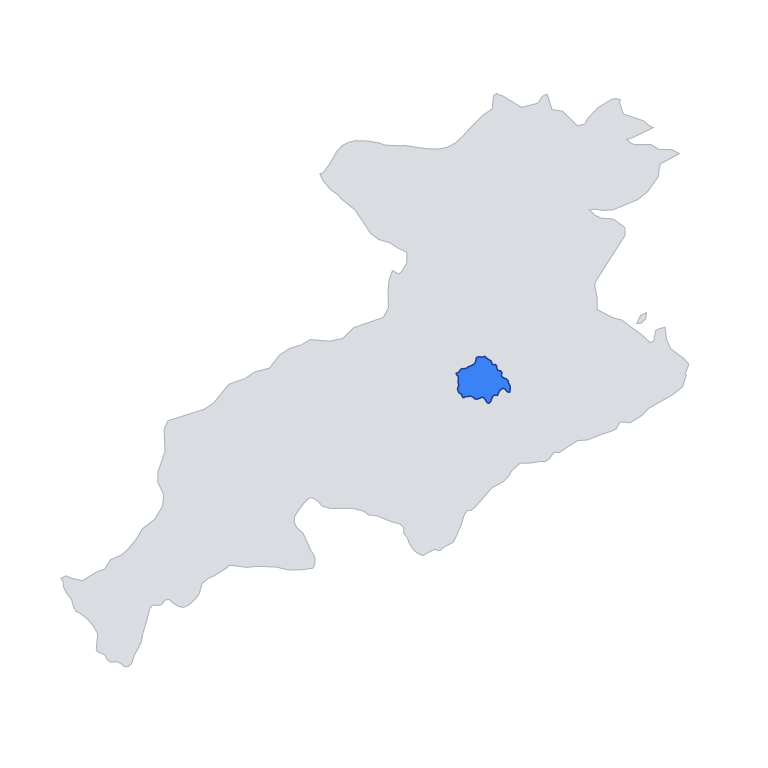 Tongsin, Chagang-do, North Korea (highlighted), rotated 186°
{"feature_id": "82179303B24749722055654", "entity_name": "Tongsin", "entity_type": "district", "adm_level": 2, "iso_a3": "PRK", "parent_name": "North Korea", "parent_adm1": "Chagang-do", "projection": "robinson", "projection_center": [126.481, 40.221], "detail": "fine", "context": "in_parent", "style": "filled", "palette": "blue", "viewbox_px": 768, "rotation_deg": 186, "n_neighbors": 0, "source": "geoboundaries", "source_scale": "gbopen_adm2", "svg_char_len": 4597}
<svg xmlns="http://www.w3.org/2000/svg" viewBox="0 0 768 768"><g transform="rotate(186 384 384)"><path d="M469.8,586.1L466.4,587.9L460.7,597.8L455.4,610.3L450.1,617.0L444.1,620.8L437.7,623.0L424.8,624.0L413.1,623.1L409.3,621.7L393.3,622.5L388.8,623.4L365.8,622.4L353.7,623.5L346.1,625.9L338.3,631.0L331.6,638.6L325.7,646.8L313.7,661.7L305.2,668.9L305.2,679.4L305.0,682.6L302.1,684.8L301.0,683.8L296.2,683.0L276.5,673.5L260.4,679.3L256.3,686.9L252.0,689.3L245.6,674.5L235.1,674.0L218.5,660.9L211.3,663.6L209.4,668.8L200.3,680.9L187.4,690.8L183.3,692.1L178.6,691.5L179.3,688.7L174.1,677.5L153.9,673.0L146.7,668.3L143.0,667.2L162.8,654.8L168.0,652.5L164.1,649.6L159.9,648.2L143.7,650.1L135.2,646.0L122.9,647.3L114.3,644.0L132.2,631.8L133.0,624.6L132.8,619.1L141.9,602.9L151.0,593.9L174.4,581.2L184.6,579.4L191.9,579.9L198.0,578.7L191.7,573.8L185.5,571.6L173.4,572.1L160.9,564.7L159.8,557.0L184.3,508.1L184.7,503.6L180.9,491.8L179.7,480.2L162.4,473.5L154.8,472.7L132.5,459.6L123.7,453.0L120.2,454.9L119.5,465.4L116.3,467.7L110.5,469.8L107.6,457.8L102.8,449.2L88.2,440.4L82.9,435.6L85.6,425.1L84.3,424.2L86.8,412.5L95.9,403.5L118.2,387.5L123.9,380.0L135.2,371.1L140.3,371.3L145.5,370.6L147.1,366.7L148.3,363.7L152.8,360.9L163.6,356.1L175.9,349.6L185.7,347.9L197.8,338.2L202.7,334.0L207.6,334.0L208.9,332.0L211.7,327.1L215.5,323.8L220.8,323.2L229.5,320.8L240.4,319.4L247.8,311.3L250.3,305.5L255.2,299.2L265.6,292.3L272.8,282.1L280.7,270.9L284.5,267.4L288.2,266.7L290.4,262.5L292.9,250.7L296.5,239.2L298.7,233.7L307.8,227.8L310.1,224.9L312.1,224.0L316.4,224.8L322.0,221.3L327.3,217.4L332.2,218.8L337.2,222.0L342.3,228.3L344.6,233.4L348.7,237.6L349.5,243.8L353.6,246.5L362.3,247.8L376.5,252.0L385.7,252.3L391.0,255.4L401.9,257.1L423.9,254.7L432.9,256.1L436.6,260.0L442.2,263.0L445.9,263.2L450.7,257.9L455.8,249.4L459.1,242.8L458.9,237.6L455.9,232.1L448.7,226.9L443.9,218.8L439.3,210.5L436.6,207.8L434.4,203.8L433.9,197.6L435.5,193.4L446.3,190.6L460.3,189.0L471.6,190.7L490.5,189.5L502.1,187.2L510.7,187.6L518.6,187.5L522.1,184.0L533.0,175.4L538.3,172.4L544.1,166.6L545.0,160.5L546.1,155.6L549.3,150.3L555.0,143.9L559.9,140.9L565.3,141.3L571.2,144.2L574.9,147.2L579.0,146.4L582.4,141.3L584.6,140.3L591.2,139.8L593.3,136.7L595.6,121.7L597.9,109.9L598.4,101.6L604.0,87.9L605.7,79.7L609.2,75.9L613.2,76.2L616.6,78.6L620.9,80.0L626.6,78.7L630.6,80.8L633.2,85.2L641.6,88.2L642.5,90.5L642.5,105.3L647.2,112.3L653.5,118.6L662.1,124.3L666.6,125.6L669.4,129.7L672.1,136.8L678.3,143.6L681.5,148.6L682.2,153.8L685.1,156.8L680.3,160.0L673.9,158.0L663.3,156.9L650.0,167.1L642.6,170.7L637.5,180.7L627.0,186.7L621.3,193.0L614.0,204.0L609.3,214.6L598.0,225.4L591.6,239.1L591.4,250.8L598.8,262.8L599.6,273.0L594.8,293.9L598.0,316.2L595.0,324.9L560.1,340.1L551.1,347.7L538.4,367.5L522.8,374.9L513.1,382.9L499.6,387.7L491.0,401.6L481.6,409.5L470.3,414.3L461.9,420.5L442.9,420.8L429.6,425.1L420.1,436.8L391.5,450.2L387.6,460.3L389.6,475.9L389.8,487.8L387.4,497.7L381.1,494.9L377.7,498.1L374.0,507.2L375.1,517.5L385.0,520.9L393.0,525.1L404.4,527.2L412.8,532.0L430.8,553.9L445.4,563.4L449.2,567.0L457.6,571.8L465.4,579.3L469.8,586.1ZM136.0,479.0L130.6,482.4L130.4,476.4L134.6,471.3L138.9,470.6L136.0,479.0Z" fill="#d9dde1" stroke="#a8b0b8" stroke-width="1"/><path d="M286.6,422.1L287.9,421.4L289.2,421.0L289.9,420.9L291.3,421.0L292.9,420.9L294.3,420.3L294.8,419.8L295.0,419.2L295.1,418.4L295.1,416.9L295.3,415.5L295.5,414.9L295.8,414.3L296.8,413.0L298.7,411.7L302.1,409.8L303.5,408.5L304.2,408.1L304.8,407.9L307.7,407.4L308.3,407.2L309.0,406.8L309.4,406.2L310.5,404.2L311.0,403.6L312.2,402.8L312.3,402.7L313.3,402.3L313.1,401.6L312.8,400.7L311.5,400.0L310.9,398.8L310.6,397.5L310.6,396.2L310.6,394.3L310.3,392.4L310.0,391.8L309.4,389.9L310.1,388.6L310.4,387.0L309.8,385.1L308.5,383.2L307.0,382.3L305.7,382.0L305.1,380.1L304.2,378.8L303.3,378.8L301.1,380.1L298.6,380.4L296.7,381.0L295.2,380.7L293.9,380.1L292.1,378.8L291.7,378.5L289.3,378.8L287.4,379.8L285.2,381.1L284.0,381.1L282.1,379.5L280.6,377.6L279.6,376.3L277.8,375.7L276.2,377.3L275.6,379.5L274.9,382.0L274.0,383.9L272.4,384.5L271.2,384.5L269.9,384.5L269.6,385.8L268.9,387.7L268.3,389.3L266.7,391.2L264.9,392.2L263.6,391.8L262.7,391.2L262.4,390.9L262.1,390.6L260.8,389.3L259.6,389.0L259.0,388.7L258.0,389.3L258.0,391.2L258.0,393.4L258.6,395.6L259.2,396.6L260.4,398.2L261.0,400.4L263.2,402.0L265.1,402.3L267.5,403.6L268.2,404.5L267.8,407.4L269.4,409.3L271.2,409.3L272.5,409.9L273.4,411.2L274.0,414.0L275.2,415.0L276.8,414.6L278.3,415.0L279.0,416.2L279.6,417.5L280.2,418.4L282.1,419.1L284.8,420.6L286.6,422.1Z" fill="#3b82f6" stroke="#1e3a8a" stroke-width="1.5"/></g></svg>